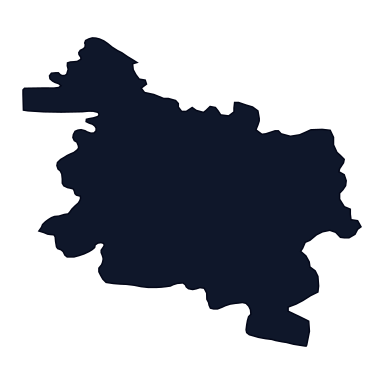 Staryya Darohi, Minsk, Belarus (Equal Earth projection)
{"feature_id": "67162791B98065545782790", "entity_name": "Staryya Darohi", "entity_type": "district", "adm_level": 2, "iso_a3": "BLR", "parent_name": "Belarus", "parent_adm1": "Minsk", "projection": "equal_earth", "projection_center": [28.161, 53.049], "detail": "fine", "context": "isolated", "style": "filled", "palette": "ink", "viewbox_px": 384, "rotation_deg": 0, "n_neighbors": 0, "source": "geoboundaries", "source_scale": "gbopen_adm2", "svg_char_len": 3623}
<svg xmlns="http://www.w3.org/2000/svg" viewBox="0 0 384 384"><path d="M343.8,161.4L344.2,159.3L340.2,155.3L336.9,152.3L333.5,144.8L333.5,137.3L330.2,130.3L322.2,129.4L310.9,129.8L304.3,132.8L299.7,134.8L290.4,136.3L281.1,133.8L278.4,130.8L275.1,130.8L265.9,133.8L261.9,134.3L255.9,129.8L257.9,124.9L259.2,120.9L259.2,118.4L257.9,110.9L252.6,107.0L245.9,105.0L238.6,102.5L234.6,102.5L234.0,108.0L234.0,111.9L228.7,115.9L220.7,114.9L218.1,110.9L215.4,107.5L210.1,106.5L206.1,110.4L203.5,112.4L196.2,110.4L192.2,107.5L186.3,111.4L181.6,111.4L178.3,107.0L178.3,103.5L175.6,100.5L168.4,98.5L163.7,98.5L153.8,94.5L144.5,92.5L141.2,88.1L146.5,84.1L145.2,80.1L139.2,79.1L135.9,74.7L133.2,69.7L132.6,63.8L137.0,62.5L133.2,60.1L127.4,56.6L121.9,52.8L117.5,50.6L112.0,47.1L107.6,43.5L103.8,40.9L99.5,39.0L95.9,38.1L92.3,37.9L88.9,38.9L85.6,40.5L84.7,43.0L85.3,44.7L84.9,47.4L83.0,49.0L80.3,50.3L78.8,52.6L79.0,54.5L80.9,57.4L80.9,59.3L77.3,61.4L73.5,61.8L70.3,62.0L67.5,62.9L67.3,65.8L68.2,69.3L66.7,74.3L64.8,75.5L62.2,75.6L60.3,74.8L58.4,72.8L55.9,72.8L51.4,73.2L49.5,75.8L50.0,78.8L52.5,81.0L55.0,82.4L58.8,83.7L61.0,85.8L58.8,87.5L53.8,88.1L44.6,88.0L24.5,88.3L23.0,89.9L23.0,93.2L23.0,94.2L23.4,110.1L27.9,110.8L43.8,111.8L61.2,112.1L72.3,111.9L82.3,111.7L88.7,111.1L93.2,111.2L98.2,112.4L99.1,114.8L97.9,116.5L93.4,117.9L89.4,118.6L86.4,119.3L86.1,121.6L89.2,123.1L92.5,124.2L94.7,125.9L96.1,127.9L96.1,130.7L94.0,133.0L90.9,133.2L87.1,131.9L85.0,130.7L81.1,129.7L78.0,130.1L75.1,131.3L73.4,134.5L72.9,137.5L74.3,140.6L76.9,142.1L78.4,145.8L78.6,148.1L77.1,150.0L73.9,152.5L70.6,153.9L67.2,155.5L64.2,157.4L60.6,159.5L57.5,162.5L56.9,165.6L58.1,169.1L60.3,170.9L61.8,174.0L62.3,179.0L62.3,183.2L63.8,185.8L67.6,187.6L70.2,188.1L73.2,188.9L74.2,190.7L75.0,193.7L76.4,195.1L78.2,195.6L80.3,196.1L80.6,198.3L79.8,200.7L78.3,203.1L75.0,206.0L71.9,209.1L70.1,211.7L68.2,213.9L64.2,214.5L59.0,216.1L54.5,216.5L51.4,217.7L48.5,219.5L45.5,221.7L42.6,224.5L41.5,227.3L38.9,231.0L43.8,232.5L47.6,234.1L50.3,234.5L53.9,234.8L55.2,236.9L55.6,241.5L56.5,246.8L57.7,248.6L61.1,249.8L63.2,251.6L64.9,255.1L67.1,256.9L74.1,256.9L78.9,255.6L84.0,253.9L88.9,251.6L91.9,249.8L94.0,248.1L94.7,247.3L95.1,244.9L97.8,243.1L101.0,242.6L103.4,243.3L104.4,245.0L103.4,247.0L101.2,250.2L101.2,252.6L102.3,255.3L103.1,258.0L103.1,259.8L102.5,262.5L101.6,264.8L98.9,268.1L98.9,271.8L100.6,275.2L102.9,279.2L106.1,282.4L113.5,283.5L119.7,284.0L126.5,284.3L134.1,285.2L141.1,286.6L148.3,287.4L156.2,287.4L161.5,287.1L166.0,286.6L170.4,286.0L173.0,284.7L177.2,283.4L182.9,282.9L185.3,284.7L186.3,286.9L188.5,288.7L192.7,289.5L196.1,288.8L199.9,287.6L204.2,288.2L206.7,293.0L206.9,299.3L208.6,302.5L209.1,305.2L210.4,308.1L213.5,308.9L217.6,308.9L222.0,307.2L225.2,305.7L230.1,304.1L235.4,303.3L238.6,303.0L242.4,302.5L246.0,303.3L248.8,306.2L250.5,309.8L250.9,314.3L248.6,316.7L247.5,320.5L246.7,325.0L246.1,329.9L246.7,332.6L249.3,334.7L254.6,336.2L258.4,337.3L265.4,338.6L271.8,339.4L275.6,340.5L282.4,341.8L286.4,342.4L293.5,344.2L304.9,346.0L306.1,346.1L306.7,345.0L309.4,331.3L308.7,321.2L300.7,317.2L288.1,311.2L288.1,307.1L296.0,304.1L302.7,300.6L310.6,295.6L317.9,292.0L318.6,286.0L317.9,276.4L315.2,270.9L309.9,266.9L309.2,261.9L305.9,255.9L300.6,251.3L302.6,248.3L305.2,242.3L309.9,240.3L316.5,234.8L322.5,231.8L329.8,230.3L335.7,232.3L340.4,237.3L344.4,237.8L349.0,237.8L355.0,234.3L357.6,229.3L361.0,226.8L357.6,220.7L351.0,219.7L350.3,214.2L350.3,209.2L344.3,206.7L339.6,199.2L339.6,193.2L342.9,189.7L345.6,185.7L346.2,180.7L344.2,174.7L338.9,171.7L339.6,168.7L343.5,162.8L343.8,161.4Z" fill="#0f172a" stroke="#020617" stroke-width="1.5"/></svg>